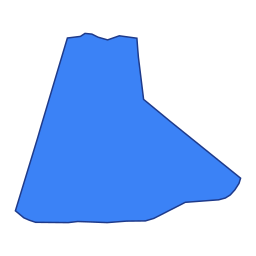 Montanhas, Rio Grande do Norte, Brazil (Mercator projection)
{"feature_id": "56859067B36575114506643", "entity_name": "Montanhas", "entity_type": "district", "adm_level": 2, "iso_a3": "BRA", "parent_name": "Brazil", "parent_adm1": "Rio Grande do Norte", "projection": "mercator", "projection_center": [-35.285, -6.496], "detail": "fine", "context": "isolated", "style": "filled", "palette": "blue", "viewbox_px": 256, "rotation_deg": 0, "n_neighbors": 0, "source": "geoboundaries", "source_scale": "gbopen_adm2", "svg_char_len": 513}
<svg xmlns="http://www.w3.org/2000/svg" viewBox="0 0 256 256"><path d="M240.6,178.2L170.1,121.3L143.6,99.4L138.4,57.2L137.8,50.2L136.9,38.2L119.3,35.8L107.6,39.9L98.1,37.2L91.9,34.1L85.0,33.4L80.4,36.4L67.4,38.0L58.7,67.1L40.8,127.1L37.5,138.4L15.4,210.8L23.8,217.8L29.3,220.2L35.6,222.3L68.2,222.6L77.7,221.5L89.8,221.9L107.2,222.6L126.6,221.1L145.4,220.9L153.8,218.4L185.3,202.3L218.7,199.8L225.4,198.0L230.3,194.9L234.9,189.8L239.0,183.4L240.6,178.2Z" fill="#3b82f6" stroke="#1e3a8a" stroke-width="1.5"/></svg>